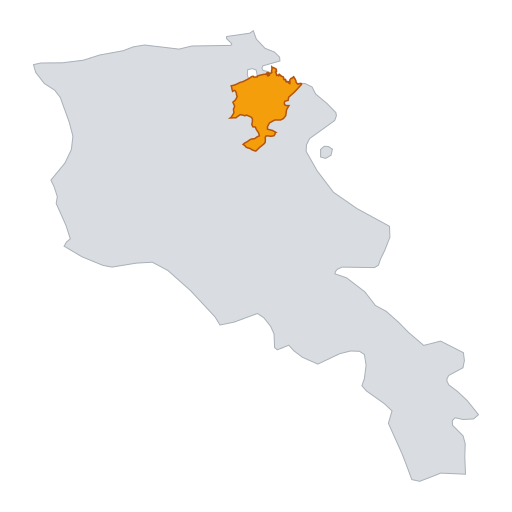 Idjevan, Tavush, Armenia shown in context
{"feature_id": "60910142B98300575929889", "entity_name": "Idjevan", "entity_type": "district", "adm_level": 2, "iso_a3": "ARM", "parent_name": "Armenia", "parent_adm1": "Tavush", "projection": "equal_earth", "projection_center": [45.144, 40.867], "detail": "fine", "context": "in_parent", "style": "filled", "palette": "amber", "viewbox_px": 512, "rotation_deg": 0, "n_neighbors": 0, "source": "geoboundaries", "source_scale": "gbopen_adm2", "svg_char_len": 6148}
<svg xmlns="http://www.w3.org/2000/svg" viewBox="0 0 512 512"><path d="M220.0,325.0L215.1,317.0L190.6,290.7L167.9,270.5L152.3,262.2L136.5,263.1L112.0,267.1L103.0,265.4L81.8,256.7L64.1,246.2L66.6,241.9L70.3,238.8L65.9,225.2L56.2,203.5L57.3,196.6L54.3,187.2L50.9,180.1L64.9,163.1L71.4,149.5L72.9,136.2L69.3,122.4L60.3,97.5L54.7,90.2L44.3,83.5L35.7,72.4L33.5,64.6L40.9,63.0L62.4,62.8L83.3,60.2L99.7,55.0L123.3,50.7L133.1,46.9L144.5,45.0L179.0,49.1L191.9,46.0L230.8,45.4L231.8,43.8L226.5,38.5L226.6,36.5L249.7,33.2L253.3,30.7L256.3,39.1L265.0,48.3L274.5,52.1L279.6,57.2L279.9,61.0L263.0,65.8L261.9,68.1L263.0,70.4L268.0,71.6L291.6,83.2L305.0,83.5L312.1,87.0L315.6,94.0L326.9,103.4L335.9,112.6L336.4,115.8L334.7,120.5L309.7,138.5L306.5,144.7L306.1,151.3L317.2,170.9L333.5,192.3L357.0,208.6L389.5,226.3L389.9,237.2L384.8,250.3L380.5,259.1L378.5,265.1L374.5,267.6L342.2,267.1L337.4,269.2L335.3,271.8L335.1,273.9L346.7,277.9L364.9,291.9L375.4,305.5L386.3,311.4L398.5,322.2L408.4,332.3L423.7,345.4L440.6,341.1L463.4,352.7L464.4,360.6L463.0,367.7L448.8,375.4L447.0,378.6L447.0,381.3L448.9,385.0L457.4,391.4L467.3,400.7L478.5,414.7L473.6,418.9L463.2,419.5L455.1,417.8L452.3,420.6L452.5,425.2L463.1,435.9L465.2,443.7L464.8,457.2L465.5,474.2L440.8,473.1L419.8,481.3L411.8,479.6L406.5,465.2L401.9,453.4L388.4,423.3L392.0,410.9L384.5,403.8L366.5,391.0L361.9,385.8L364.4,378.5L366.1,365.2L364.4,354.5L359.5,351.3L350.6,351.0L339.7,353.7L317.8,364.1L302.6,357.4L293.9,350.8L288.8,345.2L277.4,349.8L274.6,347.6L274.0,333.8L270.6,326.3L263.8,317.7L257.4,313.5L234.1,322.1L220.0,325.0ZM256.4,79.3L257.1,74.4L256.1,70.0L252.3,68.6L247.7,69.7L247.3,74.6L248.7,79.3L253.4,81.4L256.4,79.3ZM331.0,155.3L325.6,158.4L320.6,157.0L320.6,149.4L324.2,146.3L328.4,146.5L332.4,149.2L331.0,155.3Z" fill="#d9dde1" stroke="#a8b0b8" stroke-width="1"/><path d="M230.2,118.0L233.2,117.8L235.9,117.8L236.9,116.9L239.8,115.0L240.3,114.6L241.7,115.0L242.6,115.0L244.9,115.8L246.5,115.1L248.9,116.1L251.1,117.1L252.4,118.8L252.4,121.5L251.8,124.5L252.8,126.8L255.4,127.1L256.3,129.5L258.6,132.9L259.4,135.8L257.0,136.9L254.6,138.7L251.5,139.0L249.8,139.8L247.2,141.7L244.9,142.9L243.1,144.4L244.9,145.7L245.9,147.0L247.1,147.6L247.6,147.9L249.6,148.3L250.9,149.1L252.8,150.2L255.8,151.1L257.6,149.4L259.6,147.4L261.8,145.7L264.3,143.6L265.2,142.3L265.4,139.0L265.4,138.9L265.2,138.0L265.6,136.5L265.9,136.0L268.1,135.9L269.5,136.1L270.5,136.3L273.9,135.8L274.8,134.6L275.4,132.6L275.9,132.4L272.4,130.4L268.7,129.5L267.5,129.2L267.5,126.6L268.1,125.4L269.5,122.9L274.7,120.0L280.5,120.0L283.4,118.6L285.7,115.7L286.6,109.6L289.0,105.6L286.3,105.6L284.6,104.7L284.3,102.7L284.9,101.2L286.9,100.7L288.1,100.4L288.7,97.2L291.6,94.6L293.1,93.3L294.2,92.3L294.6,91.9L296.2,90.2L298.5,87.7L301.5,84.4L301.4,84.2L301.4,83.7L301.0,83.4L300.6,83.4L300.2,83.5L299.7,83.6L299.4,83.7L299.1,83.7L298.8,83.8L298.3,84.2L298.0,84.2L297.9,84.1L297.6,84.0L297.2,83.6L296.8,83.2L296.4,82.6L296.1,82.3L296.0,82.0L296.0,81.7L296.0,81.3L295.9,81.0L295.9,80.7L295.7,80.4L295.6,80.1L295.4,79.6L295.2,79.2L294.8,78.6L294.6,78.3L294.2,77.6L293.9,77.0L293.7,76.8L293.5,76.7L293.4,76.9L293.3,77.0L293.3,77.3L293.2,77.4L292.9,77.6L292.6,77.7L292.3,77.8L292.2,77.9L292.1,78.1L292.0,78.3L291.8,78.2L291.6,78.2L291.3,78.2L291.0,78.4L290.8,78.6L290.7,78.8L290.6,79.0L290.3,79.3L290.1,79.5L289.9,79.9L289.8,80.1L289.9,80.4L289.8,80.7L289.9,80.8L289.9,81.0L289.9,81.5L289.7,81.6L289.5,82.0L289.7,82.3L289.8,82.3L289.9,82.5L289.9,82.8L289.9,83.1L289.9,83.3L289.9,83.6L289.7,83.6L289.3,83.3L289.2,83.0L288.9,83.1L288.7,83.0L288.6,82.8L288.6,82.3L288.6,82.0L288.5,81.7L288.4,81.6L288.1,81.7L287.8,81.7L287.7,81.8L287.3,82.0L287.0,82.1L286.9,82.1L286.7,82.0L286.7,81.8L286.3,81.8L286.2,81.8L285.9,81.6L285.9,81.3L285.9,81.1L285.8,80.8L285.7,80.7L285.7,80.3L285.7,80.0L285.7,79.8L285.4,79.5L285.2,79.3L285.0,79.5L284.8,79.6L284.5,79.6L284.4,79.7L283.8,79.6L283.7,79.3L283.6,79.0L283.7,78.8L283.8,78.5L283.8,78.2L283.6,77.7L283.5,77.4L283.4,77.1L283.2,76.9L283.1,77.0L282.8,76.9L282.6,76.8L282.2,76.5L281.8,76.3L281.6,76.0L281.3,76.0L281.0,76.1L280.8,75.9L280.7,75.7L280.6,75.3L280.5,75.1L280.2,75.0L279.6,75.0L279.3,75.0L279.3,74.9L279.3,74.7L279.3,74.3L279.1,74.3L279.0,74.5L278.9,74.8L278.8,75.1L279.0,75.5L278.7,75.8L278.5,75.7L278.4,75.6L278.0,75.2L277.8,75.1L277.6,75.1L277.4,75.2L277.0,75.3L276.7,75.4L276.5,75.1L276.4,74.8L276.4,74.5L276.4,74.1L276.3,73.6L276.2,73.3L275.9,72.8L275.6,72.4L275.4,72.1L275.5,72.0L275.8,71.9L276.0,71.8L276.2,71.7L276.4,71.6L276.5,71.5L276.5,71.3L276.3,71.3L276.1,71.2L276.1,70.8L276.3,70.5L276.3,70.4L276.4,70.1L276.4,69.7L276.3,69.3L276.1,69.0L275.8,68.9L275.7,68.9L275.5,68.7L275.3,68.5L275.1,68.5L274.9,68.4L274.5,68.1L274.1,68.0L273.7,67.8L273.4,67.6L272.8,67.5L272.4,67.3L272.0,67.1L271.8,66.9L271.8,67.1L271.9,67.3L272.0,67.6L271.9,67.9L271.9,68.4L271.9,68.6L272.0,68.8L272.0,69.1L271.9,69.5L271.7,70.1L271.6,70.4L271.5,70.8L271.5,71.1L271.6,71.5L271.7,72.0L271.8,72.2L271.8,72.4L271.8,72.6L271.7,72.7L271.5,72.8L271.2,73.0L270.7,73.3L270.3,73.3L270.1,73.3L269.8,73.5L269.5,73.8L269.2,74.1L269.1,74.4L269.2,74.5L269.3,74.6L269.4,74.8L269.5,75.0L269.4,75.2L269.2,75.2L269.1,75.3L268.9,75.5L268.6,75.7L268.2,75.8L267.9,75.9L267.6,75.8L267.5,75.7L267.6,75.4L267.9,75.3L268.1,75.2L268.3,74.8L268.1,74.7L267.9,74.5L267.8,74.4L267.7,74.3L267.5,74.1L267.6,73.9L267.8,73.6L268.0,73.4L268.2,73.2L268.3,73.1L268.7,73.0L268.9,73.0L268.8,72.9L268.5,72.8L268.1,72.7L267.8,72.6L267.5,72.6L267.1,72.8L266.9,72.9L266.4,73.4L266.3,73.7L266.3,74.0L266.4,74.3L266.1,74.5L265.7,74.4L265.1,74.3L264.4,74.3L263.8,74.3L263.3,74.4L262.7,74.6L262.2,74.7L262.0,74.8L261.6,74.8L260.3,75.1L257.9,75.8L257.3,76.8L256.4,76.9L255.4,77.1L253.7,77.1L253.4,76.4L252.4,76.3L251.2,76.9L249.2,78.4L247.0,79.6L242.6,81.8L240.4,82.3L239.1,82.9L237.4,83.8L235.1,84.8L234.4,85.1L231.2,85.8L231.7,87.6L232.0,89.3L232.6,91.4L234.1,90.4L234.4,90.5L235.0,90.6L236.3,92.7L236.5,94.7L237.2,96.5L236.2,98.6L235.1,100.4L233.0,102.0L233.0,102.6L233.7,104.0L234.5,105.8L234.6,106.7L233.5,108.9L233.5,110.2L233.8,111.6L233.8,112.8L233.6,113.4L233.1,114.2L231.2,117.2L230.2,118.0Z" fill="#f59e0b" stroke="#b45309" stroke-width="1.5"/></svg>